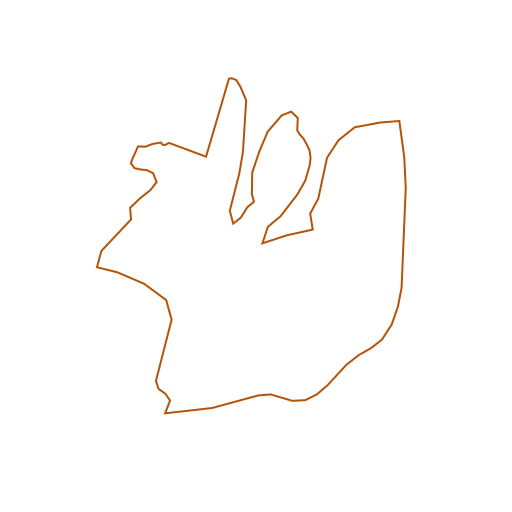 outline of Laguna, rotated 23°
{"feature_id": "PHL-2566", "entity_name": "Laguna", "entity_type": "Province", "adm_level": 1, "iso_a3": "PHL", "parent_name": "Philippines", "parent_adm1": "", "projection": "robinson", "projection_center": [121.266, 14.267], "detail": "fine", "context": "isolated", "style": "outline", "palette": "amber", "viewbox_px": 512, "rotation_deg": 23, "n_neighbors": 0, "source": "natural_earth", "source_scale": "10m", "svg_char_len": 1228}
<svg xmlns="http://www.w3.org/2000/svg" viewBox="0 0 512 512"><g transform="rotate(23 256 256)"><path d="M338.2,80.8L353.8,107.0L367.2,134.7L402.4,228.3L406.4,247.0L407.7,265.9L404.6,283.8L397.7,296.1L389.3,307.0L381.6,321.1L372.2,347.4L366.0,359.7L357.6,369.5L346.1,375.1L323.3,377.8L312.5,383.5L274.9,413.1L233.8,436.3L233.4,422.7L226.6,418.3L218.2,416.4L212.7,410.1L203.2,347.6L190.6,331.7L164.0,325.3L134.8,325.2L114.0,328.5L111.7,311.7L126.7,271.2L121.3,260.9L126.7,248.3L133.1,236.5L135.6,226.8L129.0,220.0L122.1,219.6L115.5,221.6L109.7,222.6L104.6,219.5L104.3,214.7L104.6,201.2L111.3,198.7L117.1,193.2L124.1,188.7L126.3,190.0L128.7,189.5L131.7,185.9L171.2,184.1L166.7,145.1L161.8,103.2L164.5,101.9L169.1,101.7L175.4,106.2L186.1,116.5L203.3,165.2L208.4,186.7L214.2,224.6L222.4,235.1L227.1,226.5L228.9,214.6L232.9,206.9L227.9,200.4L219.9,180.6L218.2,158.2L218.2,137.0L224.7,116.5L232.0,109.4L240.5,112.6L244.9,124.3L249.2,127.3L253.9,129.4L259.2,133.5L264.2,138.1L267.9,144.4L270.0,151.6L271.9,167.3L270.1,183.0L263.1,209.7L255.5,224.6L257.0,241.8L276.4,224.8L297.9,209.5L289.3,195.8L290.9,178.8L283.0,137.8L286.7,117.2L296.6,98.9L318.4,84.5L335.2,75.7L338.2,80.8Z" fill="none" stroke="#b45309" stroke-width="2"/></g></svg>